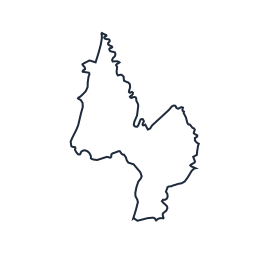 Pando, Canelones, Uruguay, rotated 333°
{"feature_id": "84410073B3129113216755", "entity_name": "Pando", "entity_type": "district", "adm_level": 2, "iso_a3": "URY", "parent_name": "Uruguay", "parent_adm1": "Canelones", "projection": "albers", "projection_center": [-55.95, -34.701], "detail": "fine", "context": "isolated", "style": "outline", "palette": "slate", "viewbox_px": 256, "rotation_deg": 333, "n_neighbors": 0, "source": "geoboundaries", "source_scale": "gbopen_adm2", "svg_char_len": 3604}
<svg xmlns="http://www.w3.org/2000/svg" viewBox="0 0 256 256"><g transform="rotate(333 128 128)"><path d="M111.1,223.1L112.0,222.9L113.1,222.6L115.4,222.8L117.2,223.7L118.4,224.5L118.9,224.2L119.0,222.9L119.5,221.2L120.1,220.1L121.6,219.6L124.5,219.1L126.7,217.3L127.2,215.6L126.6,213.5L125.5,210.7L125.0,208.6L126.7,207.8L128.3,208.8L130.4,208.6L132.0,207.4L133.1,204.8L132.9,202.0L136.5,198.6L138.1,198.7L140.1,199.6L141.9,199.6L143.6,200.0L147.5,200.6L150.6,201.6L154.3,201.4L159.2,198.9L165.2,195.1L168.6,194.1L169.9,194.5L166.9,190.8L166.5,189.6L166.9,189.3L167.9,189.2L171.5,189.0L172.5,188.3L173.0,183.3L177.1,183.2L179.3,179.8L182.4,175.6L183.9,174.2L183.4,173.5L182.8,172.5L182.3,171.0L182.0,169.5L182.6,168.2L183.1,167.2L184.1,167.3L185.8,167.0L186.4,166.0L185.0,164.1L184.2,162.5L185.1,161.4L186.7,160.0L186.7,158.5L185.5,157.1L185.1,154.8L184.7,153.1L183.4,152.2L183.2,150.2L184.4,145.0L184.4,139.8L185.3,138.8L184.6,137.8L184.7,136.5L186.2,134.8L185.0,133.6L181.4,133.6L180.6,132.6L180.2,131.8L180.4,130.6L180.0,129.4L178.8,128.7L176.7,128.7L172.6,130.5L154.4,135.6L150.5,136.7L147.6,138.5L145.0,138.4L144.9,132.8L143.2,132.8L142.5,132.3L142.6,131.3L143.5,130.4L144.8,129.7L145.3,128.9L145.2,127.6L145.2,126.8L144.1,126.2L143.1,126.1L138.1,130.5L136.6,131.0L135.5,130.3L134.7,129.4L134.5,127.9L136.5,125.3L141.7,121.0L147.2,112.9L147.8,111.1L147.8,107.5L148.3,106.2L148.7,105.4L148.8,104.4L148.0,103.4L146.2,102.8L144.7,102.8L144.0,102.0L143.9,101.0L145.1,100.6L146.3,100.6L147.6,100.0L148.4,98.7L148.2,98.1L147.5,97.5L146.4,97.6L145.6,97.4L145.2,96.7L145.3,96.0L146.0,95.2L147.4,93.7L148.7,92.1L149.5,89.7L148.9,87.6L147.2,85.7L145.9,84.0L146.7,81.9L147.4,80.5L146.9,78.6L145.9,77.3L144.7,76.9L142.9,76.6L142.7,74.8L143.3,72.8L145.0,70.2L146.0,68.6L145.9,66.5L147.3,65.9L149.2,65.9L150.2,65.7L149.7,64.7L148.6,63.6L146.5,62.6L144.6,61.8L144.6,60.3L146.6,58.7L147.8,58.5L149.1,57.9L149.4,57.6L150.4,56.4L150.6,54.5L148.4,52.7L147.1,51.5L146.9,50.4L147.1,49.2L147.9,48.7L148.8,48.9L149.8,49.1L150.7,48.8L150.7,48.1L149.9,47.0L149.3,46.5L148.7,45.3L148.3,44.6L148.5,43.7L149.4,43.0L150.6,42.7L151.3,42.1L151.5,41.0L150.9,40.0L149.4,39.2L148.7,38.6L148.0,37.9L147.8,37.1L147.9,36.4L148.5,36.1L149.4,36.1L150.3,36.2L150.6,36.1L150.8,35.3L150.3,34.7L149.7,34.0L149.0,33.2L148.4,32.3L147.9,31.5L147.2,31.8L146.6,33.9L145.3,36.4L141.4,41.6L135.5,48.1L128.9,54.8L125.0,50.9L124.1,50.3L117.0,50.4L116.3,50.6L116.3,51.9L116.9,53.5L116.8,55.4L116.4,56.1L115.0,56.2L114.1,56.3L113.3,56.9L113.3,57.5L114.5,58.2L115.5,59.0L116.5,59.7L117.3,60.3L118.3,61.0L118.3,61.8L117.8,63.0L116.5,63.9L113.0,68.8L110.6,73.2L107.1,76.0L103.2,77.4L100.4,78.2L98.9,78.5L97.8,78.4L96.9,78.8L97.1,79.6L97.9,80.7L98.6,81.6L98.9,85.1L97.2,88.8L93.2,93.1L84.8,103.0L81.2,106.1L74.1,111.3L70.7,114.1L69.6,117.4L69.4,118.1L69.3,118.6L69.9,119.5L72.2,121.2L71.9,122.2L70.9,123.2L70.9,125.9L71.2,127.4L71.4,128.4L71.9,129.1L73.0,129.7L73.9,129.4L75.0,128.3L75.9,127.8L78.1,127.8L79.5,128.3L81.3,130.3L82.2,132.7L82.2,134.4L82.2,136.0L81.7,137.2L81.2,138.1L81.5,138.9L83.0,140.5L86.0,142.5L91.0,143.3L95.9,144.1L97.3,145.1L98.2,146.1L99.3,146.4L100.1,145.9L101.2,144.0L102.7,143.6L106.7,144.2L108.8,144.3L110.2,145.0L110.5,147.7L111.1,149.2L112.4,150.0L112.4,151.1L112.5,151.8L112.8,153.1L112.2,156.4L112.6,159.0L116.6,163.0L116.8,164.1L117.7,168.0L118.9,173.0L118.3,177.2L116.4,178.8L112.8,180.5L108.7,184.5L105.0,189.2L103.7,192.2L103.7,196.2L103.2,198.5L97.9,204.5L91.6,211.0L92.4,210.9L92.7,212.0L94.3,214.9L100.3,216.3L104.5,217.2L109.7,219.3L110.8,220.6L111.1,223.1Z" fill="none" stroke="#1e293b" stroke-width="2"/></g></svg>